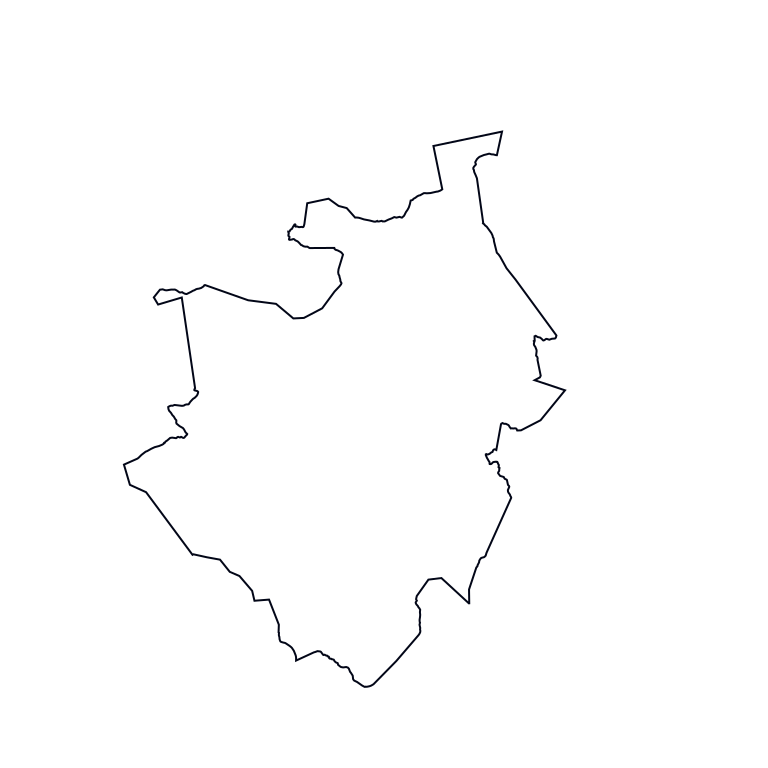 the district of Distrito Central, Francisco Morazán, Honduras, rotated 228°
{"feature_id": "27666195B1179860840093", "entity_name": "Distrito Central", "entity_type": "district", "adm_level": 2, "iso_a3": "HND", "parent_name": "Honduras", "parent_adm1": "Francisco Morazán", "projection": "robinson", "projection_center": [-87.243, 14.133], "detail": "fine", "context": "isolated", "style": "outline", "palette": "ink", "viewbox_px": 768, "rotation_deg": 228, "n_neighbors": 0, "source": "geoboundaries", "source_scale": "gbopen_adm2", "svg_char_len": 6154}
<svg xmlns="http://www.w3.org/2000/svg" viewBox="0 0 768 768"><g transform="rotate(228 384 384)"><path d="M164.0,300.6L174.4,309.7L185.9,329.9L185.9,330.6L186.2,331.8L186.7,332.2L187.8,335.2L189.0,336.7L189.4,338.0L189.7,339.4L189.4,340.5L188.4,342.4L188.3,343.1L188.4,344.7L190.0,347.3L214.3,402.4L215.1,402.8L216.2,403.0L217.7,403.6L220.0,403.8L221.1,404.2L222.3,405.1L223.6,408.0L223.9,408.4L224.7,408.7L225.6,408.6L226.2,408.7L230.4,411.1L230.9,411.1L232.8,410.3L233.6,410.4L234.3,410.7L234.9,410.7L238.0,408.8L241.3,409.1L241.9,409.7L242.4,411.5L243.7,412.8L244.3,413.7L244.7,413.7L245.1,413.4L245.5,413.4L246.9,415.1L248.7,415.5L249.8,416.0L250.4,416.0L250.8,415.8L251.0,415.3L251.6,414.9L252.7,413.2L252.9,412.6L252.8,411.2L252.8,410.3L253.3,409.4L253.8,409.0L254.2,409.2L255.4,410.2L257.2,410.4L258.2,410.7L260.3,411.1L263.1,412.1L263.6,412.6L263.5,413.1L262.8,413.4L262.1,414.1L261.4,415.9L261.5,416.5L261.3,418.2L260.9,419.1L261.7,420.7L261.8,421.4L261.7,422.0L261.3,422.7L259.8,423.3L275.8,444.0L276.0,444.6L275.9,445.1L275.6,446.0L274.8,446.2L274.0,446.7L272.9,447.9L270.5,448.9L269.7,449.0L267.8,448.6L266.1,448.5L265.5,449.4L264.5,450.2L263.6,451.5L262.7,452.3L261.9,452.4L260.3,451.9L257.9,454.8L252.3,476.1L258.2,514.3L286.0,498.5L284.6,504.3L285.3,506.0L299.2,514.2L300.3,515.4L301.6,516.0L303.3,516.0L306.1,519.2L307.2,520.1L310.4,521.3L312.3,521.5L313.1,521.9L313.9,522.6L314.8,524.0L315.7,524.1L315.7,524.3L315.4,525.0L317.1,526.4L318.7,527.8L318.3,529.0L316.1,529.6L314.0,531.1L311.8,531.4L310.1,531.4L309.7,531.6L309.3,532.4L309.1,534.2L309.0,534.7L308.5,535.2L306.3,536.5L305.3,539.0L303.4,541.5L303.5,542.8L304.7,544.6L373.6,551.6L388.0,552.5L400.9,555.5L403.5,555.8L406.1,555.7L416.4,561.2L418.5,562.7L419.3,563.0L420.1,563.1L421.7,564.0L424.4,564.8L432.1,565.6L434.5,565.2L435.6,565.4L436.7,565.1L437.3,565.1L437.6,565.7L474.7,590.7L478.0,591.9L480.9,592.8L482.0,593.4L482.8,594.0L483.9,594.2L484.8,594.9L485.3,596.3L485.6,599.1L485.9,599.4L487.5,600.0L487.9,600.5L488.9,603.6L489.0,605.8L488.9,607.0L487.3,611.5L486.0,613.9L484.9,616.1L484.4,616.6L482.9,617.4L481.4,618.9L479.1,620.4L478.5,621.0L492.6,640.6L527.8,580.0L489.7,557.6L489.8,556.5L490.1,555.1L491.0,552.8L491.8,551.7L494.8,546.3L497.1,543.4L498.5,542.1L499.2,541.2L500.1,537.1L500.7,536.1L501.2,534.5L501.4,531.9L501.9,529.8L501.6,528.4L502.5,526.6L501.6,525.3L500.4,523.7L498.6,520.6L497.7,518.1L497.1,515.4L495.6,511.5L495.6,508.7L495.9,508.4L497.8,507.4L499.3,504.6L501.2,503.3L501.9,500.6L503.2,497.3L504.3,493.4L505.8,491.7L506.7,491.5L506.9,491.3L508.1,489.1L509.5,487.6L509.8,487.8L510.4,486.2L511.4,485.2L515.3,482.6L519.8,479.2L522.8,477.5L524.4,476.5L526.0,475.1L527.0,473.9L539.7,474.0L546.7,469.4L558.8,466.8L569.7,447.9L556.1,431.8L554.8,429.7L554.7,429.1L554.9,428.6L555.8,428.0L557.4,425.8L559.2,424.8L560.1,423.6L560.5,423.5L560.9,423.6L561.1,424.2L561.7,424.8L562.2,424.7L562.4,424.1L561.7,421.6L560.9,419.4L561.2,417.8L560.6,415.8L560.9,415.2L561.3,414.8L560.5,414.3L559.4,413.8L558.7,412.6L558.0,412.1L556.8,412.3L556.5,412.2L555.2,410.3L554.9,410.1L554.5,410.2L554.1,410.5L553.6,411.4L553.0,412.1L552.5,413.5L551.9,414.0L551.1,414.2L550.2,414.2L548.4,415.0L547.4,415.3L545.5,415.4L542.7,415.4L542.0,415.9L540.3,416.3L538.7,417.4L537.3,419.0L535.3,419.5L534.7,419.8L518.4,438.1L517.8,437.7L516.2,437.8L514.2,439.0L510.9,440.2L509.2,440.3L507.6,440.1L499.7,427.0L497.8,424.8L496.0,423.6L494.5,423.3L492.8,422.3L490.9,421.4L489.5,420.4L487.4,419.9L486.8,418.8L486.4,416.6L485.8,409.1L481.6,388.7L486.7,368.7L493.4,360.5L515.8,357.4L537.1,339.1L577.3,317.2L577.6,316.5L577.3,315.3L577.7,312.4L578.7,310.3L579.7,308.8L580.2,307.6L580.5,306.0L581.2,304.2L581.5,302.6L582.9,297.6L583.5,297.0L584.4,296.4L586.0,295.7L587.2,295.5L588.4,293.7L589.0,293.3L592.5,292.5L594.1,291.8L596.7,288.8L599.0,285.2L600.2,284.1L602.4,282.9L604.0,280.6L602.4,270.9L594.2,269.3L583.6,291.6L507.3,240.8L507.0,239.8L506.5,239.0L506.0,239.0L504.2,240.2L503.4,240.6L502.5,240.6L502.0,240.1L500.9,238.2L500.5,236.6L500.4,233.8L500.7,232.7L500.7,231.5L500.4,228.3L500.0,226.6L499.7,225.7L499.7,225.1L501.1,223.4L501.7,222.1L501.9,220.8L502.9,219.3L508.6,214.3L509.3,212.4L510.5,211.1L511.1,209.6L511.3,208.2L509.5,207.0L507.9,206.4L505.1,206.4L502.4,205.9L500.5,206.0L497.6,205.4L496.1,205.4L495.6,205.1L494.4,203.8L493.4,203.3L489.5,203.9L485.8,205.1L484.1,205.0L480.9,204.2L478.5,204.3L478.2,203.8L478.1,201.9L477.8,199.9L477.9,199.2L478.2,198.8L478.9,198.4L480.3,198.0L480.6,197.7L480.6,197.0L480.9,196.5L482.5,195.6L482.8,194.8L482.7,193.8L482.9,193.2L485.9,190.7L487.0,189.0L487.1,185.0L487.4,183.2L487.0,181.6L487.4,181.3L487.4,180.9L487.0,180.1L487.3,178.6L488.4,175.4L490.5,171.3L491.6,167.7L492.6,163.1L493.2,161.6L493.6,156.3L493.4,152.4L493.5,150.9L498.1,136.8L479.1,127.7L462.8,134.8L385.2,127.4L385.0,128.4L373.8,136.4L363.2,144.6L347.6,143.7L338.0,148.1L318.5,147.6L309.6,142.7L300.7,154.3L275.5,144.8L270.0,139.5L269.4,139.5L267.8,137.9L266.8,137.3L266.2,137.1L264.0,135.5L262.2,134.8L261.8,134.8L261.1,135.0L259.0,136.3L258.1,137.0L257.3,137.4L252.6,138.6L250.9,138.9L249.6,139.0L246.1,138.5L241.5,136.8L240.2,136.1L238.8,135.0L237.3,133.6L231.5,152.3L230.8,153.7L230.0,155.8L227.8,157.7L227.2,157.9L224.1,157.6L223.2,157.6L222.5,158.8L221.3,159.1L220.1,160.0L219.3,159.8L218.7,160.4L218.2,160.5L217.8,160.4L217.2,159.9L216.4,159.9L216.0,160.1L215.5,160.7L215.1,160.9L214.6,160.9L214.1,161.4L212.7,162.2L211.1,161.8L209.8,161.9L209.2,162.0L207.6,162.8L207.1,162.6L206.1,162.0L203.3,162.4L202.4,162.7L200.7,164.0L199.0,166.5L197.4,167.4L195.9,167.4L192.8,166.2L191.8,166.2L188.2,165.6L185.4,163.6L184.4,163.4L183.5,163.4L180.6,164.6L174.5,166.0L172.0,166.9L171.6,167.2L171.4,167.8L170.6,168.5L169.9,169.6L169.0,171.2L168.4,172.8L167.9,175.3L169.9,207.8L174.3,241.9L174.7,243.4L175.4,244.9L176.2,245.8L177.4,246.5L178.5,247.7L181.3,249.3L182.6,251.1L183.1,251.2L184.8,252.5L186.7,254.8L188.2,256.4L190.5,258.1L192.0,259.8L193.5,260.2L195.0,260.2L196.3,260.6L198.6,260.6L199.9,261.0L200.4,261.3L200.6,261.6L201.0,263.4L202.5,263.8L202.8,264.1L204.5,266.5L208.9,286.1L201.4,296.8L164.2,300.3L164.0,300.6Z" fill="none" stroke="#020617" stroke-width="2"/></g></svg>